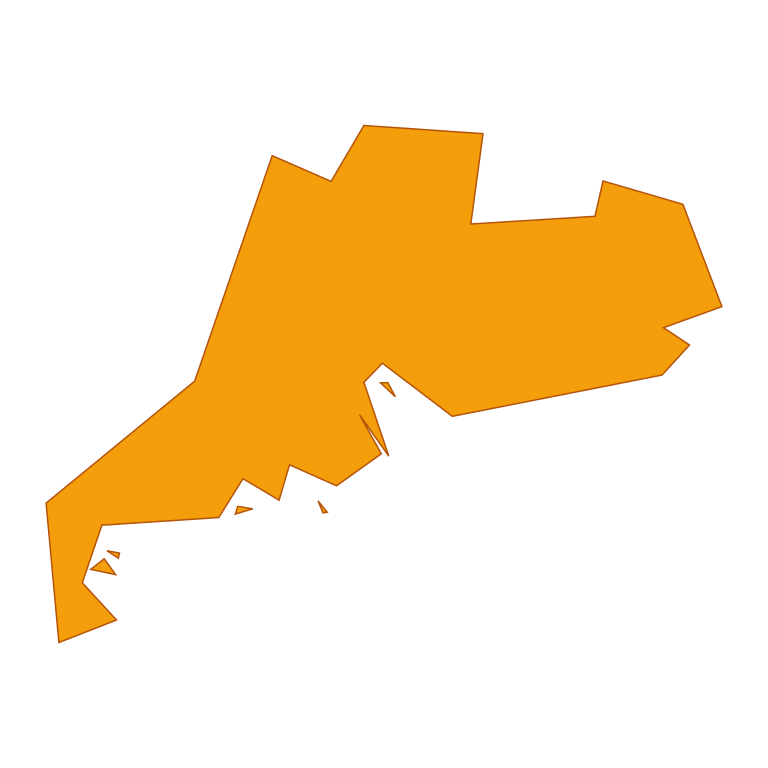 map outline of Guangdong (Albers equal-area conic projection)
{"feature_id": "CHN-1180", "entity_name": "Guangdong", "entity_type": "Province", "adm_level": 1, "iso_a3": "CHN", "parent_name": "China", "parent_adm1": "", "projection": "albers", "projection_center": [112.97, 22.878], "detail": "coarse", "context": "isolated", "style": "filled", "palette": "amber", "viewbox_px": 768, "rotation_deg": 0, "n_neighbors": 0, "source": "natural_earth", "source_scale": "10m", "svg_char_len": 733}
<svg xmlns="http://www.w3.org/2000/svg" viewBox="0 0 768 768"><path d="M452.3,416.3L382.4,363.2L363.9,382.3L388.8,456.2L359.6,414.8L381.3,453.8L336.5,485.8L289.5,464.8L279.1,500.2L243.0,478.7L218.8,517.5L101.9,525.2L82.3,582.8L116.5,620.0L58.9,642.5L46.1,503.1L194.7,381.1L272.2,155.7L331.1,181.4L363.9,125.5L483.0,133.7L470.8,224.0L595.0,216.3L603.0,181.0L682.9,204.3L721.9,306.6L663.5,327.7L689.5,345.0L662.1,375.0L452.3,416.3ZM104.2,558.8L115.6,574.6L90.7,569.4L104.2,558.8ZM318.1,501.0L327.2,512.2L323.0,512.9L318.1,501.0ZM387.8,382.6L395.3,396.7L380.5,382.9L387.8,382.6ZM237.7,506.4L252.8,508.8L235.3,514.1L237.7,506.4ZM119.5,553.1L118.3,558.2L106.9,550.7L119.5,553.1Z" fill="#f59e0b" stroke="#b45309" stroke-width="1.5"/></svg>